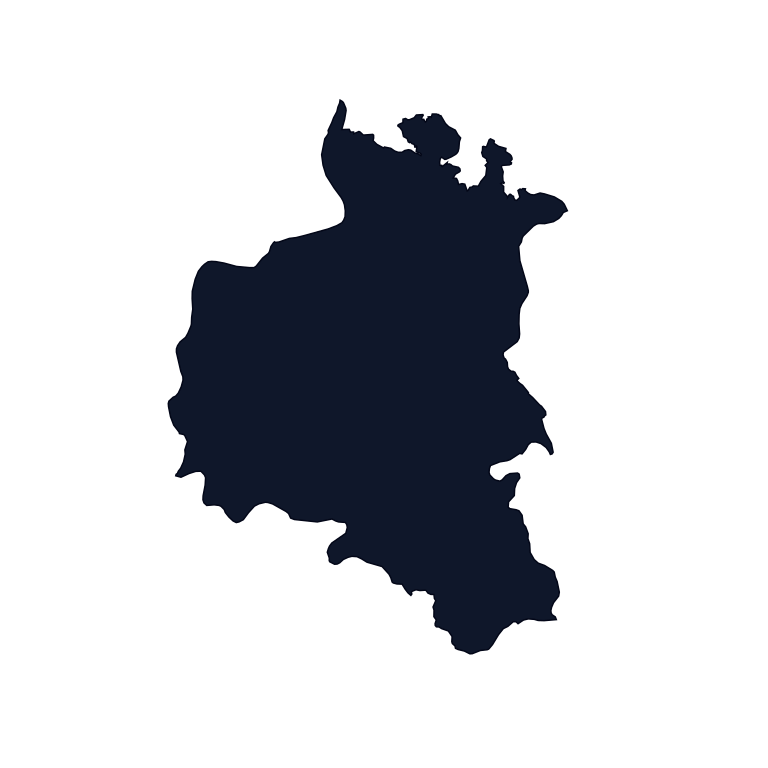 the district of Narsingdi, Dhaka, Bangladesh, rotated 163°
{"feature_id": "16705992B95243043657125", "entity_name": "Narsingdi", "entity_type": "district", "adm_level": 2, "iso_a3": "BGD", "parent_name": "Bangladesh", "parent_adm1": "Dhaka", "projection": "mercator", "projection_center": [90.739, 24.007], "detail": "fine", "context": "isolated", "style": "filled", "palette": "ink", "viewbox_px": 768, "rotation_deg": 163, "n_neighbors": 0, "source": "geoboundaries", "source_scale": "gbopen_adm2", "svg_char_len": 6169}
<svg xmlns="http://www.w3.org/2000/svg" viewBox="0 0 768 768"><g transform="rotate(163 384 384)"><path d="M610.0,357.1L605.4,354.2L596.6,355.4L589.6,355.5L584.8,354.2L584.3,353.6L582.3,349.6L582.0,346.6L584.6,339.6L589.7,329.9L591.0,326.2L590.9,322.9L589.0,319.7L581.7,318.1L577.2,316.1L575.6,314.7L573.5,310.7L573.3,307.5L571.2,302.1L568.4,297.2L565.8,294.7L562.9,294.5L558.2,295.4L551.3,300.5L543.6,305.1L538.6,306.0L532.0,305.6L529.6,304.6L525.6,301.9L514.9,290.7L513.1,288.0L512.5,283.1L509.3,280.6L488.1,271.6L473.2,270.1L470.3,267.2L467.8,265.4L461.4,262.9L460.7,260.4L461.1,257.4L464.2,252.4L480.4,247.2L483.5,244.9L485.4,242.7L487.4,239.7L487.2,233.6L488.0,231.2L487.9,229.9L484.0,226.1L481.4,225.5L478.6,226.0L474.2,228.1L469.0,228.8L465.1,228.6L460.3,226.8L456.5,223.3L452.4,218.6L439.2,210.0L434.8,200.6L434.1,196.7L434.1,192.2L433.3,191.0L430.1,189.0L425.2,187.3L423.8,181.8L422.1,177.2L420.1,174.0L418.8,175.0L418.6,177.1L418.0,177.5L413.6,177.9L410.1,176.0L405.0,174.8L404.1,174.2L403.1,171.2L400.7,169.1L397.8,168.1L398.5,164.1L397.8,161.7L402.3,156.4L402.3,153.1L404.3,146.9L403.0,143.1L405.2,139.9L405.6,138.1L404.9,136.5L402.3,135.5L400.5,133.3L394.7,129.0L392.7,122.6L394.5,117.7L394.5,115.8L392.7,112.8L392.9,110.3L390.7,108.4L385.2,105.1L380.8,100.9L378.5,100.3L369.8,101.0L362.9,99.7L361.3,99.9L356.4,103.1L347.8,110.8L341.4,115.2L336.4,116.0L329.9,118.9L327.2,118.0L325.9,115.6L319.6,117.5L314.7,117.2L309.1,115.0L305.7,112.8L300.1,110.9L288.1,108.3L288.3,111.2L290.7,114.2L291.1,116.2L290.7,118.5L289.0,121.5L285.8,125.3L279.0,130.1L277.2,133.7L276.2,144.5L276.7,149.3L276.2,154.4L277.2,156.4L283.5,163.5L288.9,167.6L291.7,172.2L293.5,180.2L291.4,188.7L291.6,194.0L289.9,198.7L290.3,206.0L291.8,209.6L290.3,218.1L292.0,223.3L294.5,225.2L300.1,228.0L301.3,229.9L299.3,234.9L292.0,239.2L289.6,245.9L286.1,250.9L281.6,254.5L281.1,258.3L282.3,259.8L289.8,261.5L294.1,260.7L299.0,257.8L301.5,257.2L305.4,259.5L307.0,261.3L309.4,266.1L309.4,268.8L307.8,272.5L306.0,274.9L296.0,275.7L288.8,274.7L285.6,274.8L274.6,278.0L272.4,276.8L267.7,280.0L263.8,283.8L260.2,285.4L255.5,284.1L251.3,281.1L247.5,275.9L245.8,270.8L245.5,268.0L243.7,268.0L242.2,269.3L241.3,278.4L243.5,288.8L244.0,294.7L243.6,304.1L242.8,305.3L240.9,305.5L239.5,306.7L238.3,307.1L237.6,310.4L239.9,316.7L241.3,318.4L245.8,327.6L248.9,332.5L248.4,333.4L248.7,334.4L251.9,342.3L254.0,345.0L255.5,347.7L255.7,348.8L253.5,349.9L254.8,353.5L255.4,357.0L256.8,358.4L258.7,359.0L260.6,361.8L260.8,364.4L259.8,368.6L260.5,372.2L261.6,373.9L261.6,377.1L260.4,379.6L244.2,385.6L241.3,388.5L239.7,392.2L237.4,402.1L234.5,410.9L232.0,416.6L228.6,420.6L221.4,426.6L219.2,429.5L218.7,431.1L218.4,435.4L218.0,462.2L215.0,476.3L211.1,479.7L209.2,483.2L207.6,484.8L195.1,491.3L191.3,492.3L188.9,492.2L183.5,490.4L174.5,489.7L168.5,491.2L165.2,493.1L162.4,495.6L158.0,496.1L159.1,503.3L160.6,506.7L166.4,513.1L175.0,518.9L178.9,521.0L185.2,520.9L188.4,522.3L190.6,524.6L192.2,527.1L192.4,528.1L191.7,529.3L194.2,530.3L195.8,529.7L196.9,530.7L199.3,529.9L199.4,523.7L199.8,522.6L203.3,520.8L204.9,521.5L205.5,523.8L205.3,525.7L206.1,526.1L207.5,528.4L208.6,528.6L211.4,526.2L211.1,527.2L213.5,532.5L211.8,538.0L213.8,541.6L212.6,542.0L210.8,540.8L210.2,541.3L210.8,543.6L209.7,548.3L208.0,552.0L208.3,557.5L207.7,558.2L206.6,558.4L200.1,556.9L197.9,557.2L197.4,558.3L198.1,558.8L198.1,559.9L195.8,561.5L195.5,562.9L195.7,565.1L196.5,566.8L199.9,570.8L198.5,573.6L205.0,577.8L208.2,581.7L208.3,582.6L207.5,584.0L207.7,584.7L210.5,587.3L212.0,586.8L216.1,581.5L217.1,580.8L219.5,582.2L220.3,582.1L221.6,578.5L222.9,576.7L222.9,572.7L220.1,569.3L220.6,567.5L219.7,565.4L223.3,563.5L222.4,561.0L225.7,553.6L232.0,549.5L236.0,545.6L240.7,547.3L242.3,546.6L244.4,546.9L247.0,544.5L248.0,544.3L248.3,551.5L250.8,552.8L254.4,553.0L254.1,556.6L254.6,559.4L257.7,560.8L254.3,563.8L249.9,564.8L248.8,565.5L248.5,567.6L249.5,569.5L254.8,572.5L255.9,574.3L257.3,575.4L259.7,575.8L258.8,577.3L264.7,574.9L265.2,575.2L264.9,576.2L266.6,576.8L266.0,579.8L264.3,583.1L262.6,584.1L260.2,581.0L259.0,580.8L253.3,581.5L248.2,582.7L246.5,583.6L245.2,584.7L243.5,587.5L241.1,593.6L238.8,596.9L240.5,600.8L241.6,605.9L246.9,611.1L249.1,615.2L251.2,624.0L252.5,624.3L252.9,625.7L253.9,625.9L254.6,626.7L258.9,628.1L260.8,625.2L261.6,626.1L263.7,626.5L263.8,624.9L265.6,624.8L266.4,623.2L267.7,622.4L268.2,623.1L268.6,625.5L270.1,625.7L270.4,626.4L270.0,627.7L267.9,629.6L268.1,630.3L274.4,631.8L277.3,629.8L282.4,629.3L284.1,629.8L285.7,631.6L288.4,631.7L289.5,628.4L293.5,628.0L295.1,627.4L295.2,626.4L293.9,624.9L292.5,620.9L293.0,614.9L290.1,612.0L290.0,608.5L288.9,607.3L287.8,607.5L286.9,605.6L285.0,604.3L285.2,601.5L284.7,601.4L284.0,602.4L283.3,602.2L283.2,601.2L285.2,597.0L281.7,593.9L281.2,592.7L282.0,591.6L284.6,594.5L287.0,595.9L290.0,599.8L292.1,600.9L296.0,601.2L298.9,600.3L302.8,601.5L305.7,603.7L308.6,607.4L314.3,610.5L315.4,609.8L320.8,615.3L323.3,619.9L322.0,622.2L321.2,625.0L321.8,626.0L331.0,628.1L333.2,632.0L334.2,632.8L339.7,632.1L339.4,633.9L342.4,634.7L342.8,637.7L350.0,639.7L344.4,648.4L340.3,656.6L339.9,658.9L340.5,664.7L341.1,666.2L343.0,668.3L344.4,665.5L347.0,662.4L349.5,658.1L354.3,653.4L357.5,649.2L363.3,642.8L363.6,640.6L364.5,639.2L368.9,635.8L376.6,621.5L378.3,611.1L378.3,600.3L374.4,586.1L370.4,574.8L369.6,571.0L369.4,567.0L370.4,560.9L372.3,555.4L374.7,552.4L377.1,550.5L382.9,549.2L392.4,548.6L417.9,549.3L425.3,549.7L432.0,550.9L442.9,550.5L446.8,551.2L447.0,551.9L448.1,551.6L451.9,548.6L454.8,544.1L456.3,542.7L463.3,539.9L471.7,534.1L474.2,533.3L478.3,534.5L490.6,539.5L501.6,546.4L509.0,550.2L513.1,551.7L516.5,552.3L520.6,551.0L523.8,549.4L528.5,546.1L533.9,539.4L540.2,528.8L542.5,521.8L545.0,511.5L548.4,504.1L550.7,497.5L551.8,495.7L556.7,489.8L560.1,486.6L566.5,484.0L570.2,481.0L572.2,478.3L573.2,475.2L574.6,455.4L574.2,449.8L575.1,446.4L578.8,440.5L583.4,435.4L586.8,433.3L589.5,433.0L594.7,430.5L596.0,428.4L596.7,425.2L597.7,415.2L597.1,406.1L594.0,397.9L594.1,396.4L590.4,394.3L589.6,393.1L588.7,386.4L593.7,379.2L594.6,375.0L598.5,368.1L603.0,363.0L606.2,360.7L607.7,358.9L609.2,358.4L610.0,357.1Z" fill="#0f172a" stroke="#020617" stroke-width="1.5"/></g></svg>